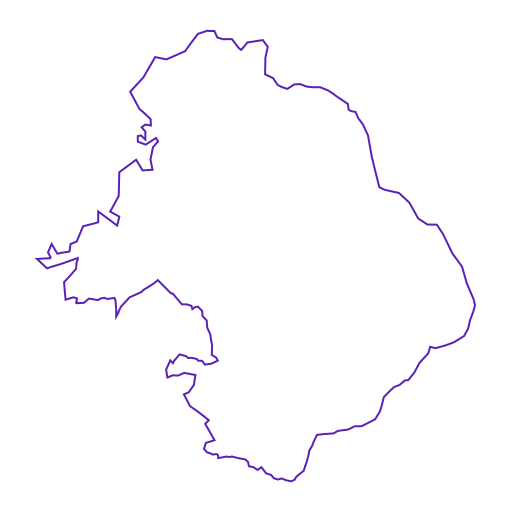 outline of Athienou, Larnaca, Cyprus
{"feature_id": "46923920B40180058129311", "entity_name": "Athienou", "entity_type": "district", "adm_level": 2, "iso_a3": "CYP", "parent_name": "Cyprus", "parent_adm1": "Larnaca", "projection": "natural_earth1", "projection_center": [33.526, 35.059], "detail": "fine", "context": "isolated", "style": "outline", "palette": "violet", "viewbox_px": 512, "rotation_deg": 0, "n_neighbors": 0, "source": "geoboundaries", "source_scale": "gbopen_adm2", "svg_char_len": 3490}
<svg xmlns="http://www.w3.org/2000/svg" viewBox="0 0 512 512"><path d="M230.7,39.1L222.9,39.2L217.3,37.5L214.4,31.0L209.2,31.0L207.7,30.8L207.5,30.7L198.0,33.8L191.9,41.8L185.1,51.2L166.4,59.4L155.2,57.1L155.0,57.4L154.8,57.7L143.4,77.4L130.2,91.7L135.9,102.4L139.4,109.0L143.7,112.6L150.6,119.1L150.9,125.5L145.3,124.6L141.7,127.3L145.4,131.7L145.3,139.5L141.0,135.5L137.8,136.1L137.8,141.7L145.7,144.6L156.0,138.0L158.0,141.5L153.0,147.2L150.5,159.4L150.5,159.6L152.5,169.8L142.6,170.4L136.7,160.7L136.1,159.8L134.7,160.8L119.3,172.2L118.8,193.1L118.7,196.0L110.2,211.6L119.3,216.7L119.3,216.8L118.4,220.5L117.9,222.7L117.1,225.6L111.9,221.6L98.2,211.5L98.2,218.1L98.2,222.3L94.6,223.3L83.1,226.3L76.7,241.5L74.2,242.6L70.5,244.0L69.9,248.8L69.4,251.6L59.6,253.1L59.0,253.4L57.3,253.7L56.1,251.6L53.7,247.5L51.7,244.0L51.2,245.0L48.0,252.5L50.6,257.3L50.4,258.2L37.0,258.9L47.0,268.3L47.7,268.1L48.4,267.9L50.2,267.2L60.6,264.1L77.8,258.0L77.8,259.5L76.6,262.4L76.1,268.4L76.0,268.8L70.4,275.4L64.0,282.2L64.1,282.8L65.1,295.0L65.6,299.7L73.1,297.4L75.3,297.7L77.0,298.5L76.2,302.6L77.0,302.6L77.0,303.2L84.1,302.8L87.3,299.9L89.2,298.6L97.9,300.1L100.6,298.5L101.4,298.4L101.8,298.3L102.5,298.2L103.2,298.0L104.2,297.8L107.2,299.0L114.4,297.9L115.4,300.0L116.2,309.5L116.2,316.6L118.5,312.5L118.5,311.9L119.6,309.5L121.0,306.6L125.8,301.5L129.6,297.3L136.2,294.4L141.6,291.9L143.4,289.9L148.6,286.8L154.4,283.0L157.8,280.1L171.0,293.4L172.7,293.5L175.9,297.3L181.9,304.3L186.8,304.4L191.4,305.8L192.4,309.1L194.9,307.2L197.8,306.6L202.2,310.9L202.5,316.0L206.7,320.5L207.2,327.5L210.4,334.7L210.9,339.0L212.1,345.2L211.9,351.1L211.8,355.0L216.2,357.6L217.8,360.6L211.3,363.7L204.9,364.6L202.1,360.8L198.0,360.7L197.0,359.0L191.8,357.9L188.3,358.0L185.8,356.1L179.6,354.4L174.1,360.8L172.9,363.2L170.3,360.4L166.1,369.7L167.4,377.5L172.9,375.3L178.0,375.6L184.2,372.9L195.4,375.0L194.5,381.1L193.9,384.9L188.8,392.2L183.9,394.4L190.0,406.1L197.4,411.3L205.7,417.7L208.8,420.3L205.2,423.8L210.3,432.8L214.5,440.2L205.9,442.9L204.0,448.9L207.2,452.5L209.2,452.9L211.0,453.7L212.9,454.6L216.3,454.0L218.0,455.1L218.2,458.1L223.1,457.2L226.2,456.6L229.4,457.0L231.9,456.5L238.1,458.1L245.1,459.4L248.0,461.8L249.0,466.3L253.4,467.2L257.6,469.9L261.4,467.2L266.1,473.3L271.2,475.0L273.8,478.2L277.8,479.5L281.9,478.5L286.2,480.3L291.4,481.3L294.6,479.7L296.4,476.7L299.0,474.5L303.7,470.8L305.4,465.5L306.9,461.2L308.5,455.0L309.3,450.6L312.3,445.5L313.4,442.3L317.0,434.9L323.6,434.1L333.6,433.4L337.8,430.9L348.2,429.5L354.6,426.3L361.6,426.2L375.1,419.3L379.9,411.5L381.9,405.0L383.8,397.1L390.0,390.8L394.2,387.0L399.7,384.9L404.9,380.4L408.3,380.1L414.4,372.4L419.4,363.0L428.2,353.4L430.2,346.8L435.5,348.2L445.8,345.3L454.1,342.2L464.1,336.0L468.1,328.6L468.7,326.1L470.2,319.8L473.4,311.3L475.0,305.2L473.7,299.5L466.9,283.6L463.5,271.8L462.0,266.6L452.4,253.4L443.1,234.2L436.9,224.7L427.4,224.5L418.2,218.5L409.5,202.8L399.0,193.0L384.6,189.8L379.3,187.1L373.9,165.6L371.6,155.9L368.0,135.4L362.9,124.4L358.2,118.1L355.5,111.9L352.0,111.3L350.4,110.8L348.6,109.5L347.9,104.0L343.5,101.0L338.4,97.6L335.3,95.4L333.0,93.6L329.3,91.2L328.1,90.5L320.2,87.2L312.8,87.3L306.9,86.6L305.4,86.1L300.1,84.1L294.3,84.4L287.4,88.9L281.9,87.1L278.1,85.1L277.5,84.8L273.4,78.6L273.1,78.1L265.1,74.4L265.4,57.9L266.7,51.6L267.8,46.9L263.0,40.3L262.9,40.1L257.6,40.9L247.9,42.4L247.4,42.4L245.8,44.5L241.2,49.9L238.7,48.0L231.9,39.1L230.7,39.1Z" fill="none" stroke="#5b21b6" stroke-width="2"/></svg>